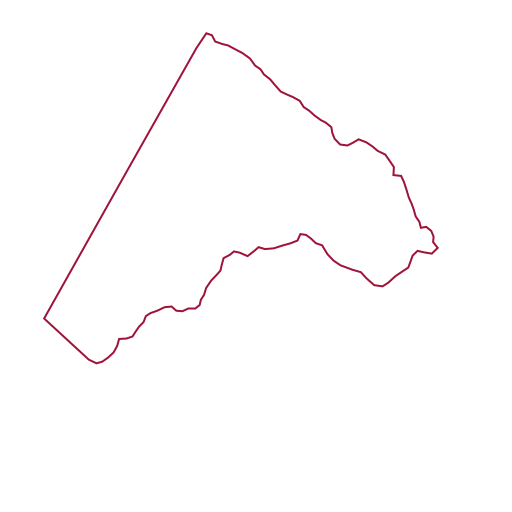 the district of Novo Alegre, Tocantins, Brazil, rotated 119°
{"feature_id": "56859067B17905501648967", "entity_name": "Novo Alegre", "entity_type": "district", "adm_level": 2, "iso_a3": "BRA", "parent_name": "Brazil", "parent_adm1": "Tocantins", "projection": "albers", "projection_center": [-46.567, -12.888], "detail": "fine", "context": "isolated", "style": "outline", "palette": "rose", "viewbox_px": 512, "rotation_deg": 119, "n_neighbors": 0, "source": "geoboundaries", "source_scale": "gbopen_adm2", "svg_char_len": 1577}
<svg xmlns="http://www.w3.org/2000/svg" viewBox="0 0 512 512"><g transform="rotate(119 256 256)"><path d="M85.3,407.4L102.8,408.9L238.7,410.0L251.9,410.1L413.4,411.0L427.7,352.0L427.2,343.5L422.9,339.2L416.7,336.2L409.4,333.8L402.1,333.8L394.9,335.5L391.1,329.4L386.3,325.0L380.2,324.6L374.3,324.0L368.3,322.3L362.0,323.2L357.1,320.6L351.7,315.8L345.1,311.1L341.1,305.3L342.5,299.2L340.0,293.6L334.7,289.7L331.4,283.7L326.2,281.5L321.0,283.0L315.1,282.6L308.2,284.1L299.3,283.3L292.5,281.5L285.9,280.0L280.7,281.6L273.6,283.3L267.6,279.4L262.7,277.5L261.0,271.9L260.2,263.3L252.7,260.1L247.0,258.0L245.6,251.5L240.7,244.2L233.9,237.8L228.4,232.2L222.4,227.2L215.3,227.8L213.3,222.5L214.1,216.4L215.8,209.9L214.6,203.4L219.8,194.3L222.4,186.1L223.2,177.6L222.2,171.1L221.2,164.7L219.3,156.5L222.1,148.0L224.2,138.5L221.2,130.6L215.3,127.4L205.8,124.2L198.4,120.4L192.3,117.2L186.4,118.1L179.7,119.2L173.2,117.2L171.4,111.0L168.7,103.4L160.8,101.0L158.0,107.8L152.9,110.1L149.1,114.9L148.0,121.3L151.4,125.4L146.9,129.7L144.0,135.5L138.3,141.2L134.5,145.6L130.8,150.7L124.8,156.8L119.4,162.7L115.6,167.9L118.6,175.0L111.4,178.5L108.0,185.2L104.6,192.1L105.1,200.3L103.7,207.3L103.1,214.6L104.2,222.8L109.9,226.1L115.0,229.6L117.7,236.5L115.4,244.0L111.4,248.9L106.8,252.6L105.5,259.8L105.7,265.1L104.8,272.7L103.1,280.1L102.6,286.5L99.1,293.0L99.1,300.9L99.7,306.5L100.2,314.1L97.1,322.9L94.6,329.3L93.4,337.0L90.5,342.6L89.9,349.1L86.2,357.0L85.1,366.1L85.3,375.7L85.4,382.5L86.9,388.1L88.2,395.7L84.3,401.6L85.3,407.4Z" fill="none" stroke="#9f1239" stroke-width="2"/></g></svg>